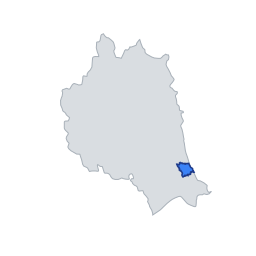 location of Drahichyn, Brest, Belarus, rotated 250°
{"feature_id": "67162791B13228782215285", "entity_name": "Drahichyn", "entity_type": "district", "adm_level": 2, "iso_a3": "BLR", "parent_name": "Belarus", "parent_adm1": "Brest", "projection": "robinson", "projection_center": [25.082, 52.14], "detail": "fine", "context": "in_parent", "style": "filled", "palette": "blue", "viewbox_px": 256, "rotation_deg": 250, "n_neighbors": 0, "source": "geoboundaries", "source_scale": "gbopen_adm2", "svg_char_len": 6470}
<svg xmlns="http://www.w3.org/2000/svg" viewBox="0 0 256 256"><g transform="rotate(250 128 128)"><path d="M207.1,169.3L203.2,169.1L198.5,169.2L195.9,170.6L193.1,169.9L191.1,170.7L186.6,174.6L184.8,176.7L183.2,180.0L182.3,182.4L182.9,184.1L183.8,185.7L184.1,187.3L184.5,188.7L183.4,189.6L182.8,191.0L180.8,190.8L178.4,189.4L177.8,187.5L175.9,186.2L174.7,185.5L172.7,185.4L169.5,186.0L165.4,186.5L162.2,186.6L160.5,187.3L158.0,188.0L157.0,187.2L155.5,185.0L154.3,182.8L153.5,181.9L152.8,181.6L152.0,181.6L151.0,182.3L150.3,183.0L147.7,183.9L146.5,184.6L145.3,186.6L144.4,186.5L143.6,186.0L142.5,183.8L141.1,183.3L138.9,183.3L136.2,182.8L133.9,182.1L133.1,182.3L131.8,183.2L130.4,183.4L127.2,182.5L126.6,182.9L124.9,185.4L124.0,185.5L123.5,185.2L123.8,183.0L121.9,182.3L118.9,182.2L116.7,182.5L115.7,182.4L115.1,182.0L112.4,178.4L111.0,178.1L108.5,178.3L104.9,177.9L100.6,177.1L98.3,176.8L97.1,176.0L94.4,175.7L87.4,174.2L84.5,173.9L80.3,173.9L73.9,173.5L69.8,173.7L67.9,174.2L65.7,174.5L58.1,175.0L55.3,175.4L54.5,176.1L53.6,177.8L50.5,180.6L47.4,182.5L46.8,182.7L45.0,181.7L43.6,181.3L41.8,181.2L40.6,181.6L39.8,182.0L39.9,184.2L39.7,184.4L38.4,181.8L38.5,179.4L39.3,178.1L40.2,176.9L39.8,175.0L40.7,172.6L40.8,170.9L40.4,170.1L39.7,169.2L37.7,168.3L36.8,167.5L34.2,166.5L31.5,165.2L31.1,164.5L31.2,163.9L31.7,163.1L33.7,160.8L36.0,158.5L37.4,157.6L44.8,154.7L46.0,153.6L46.3,151.9L46.2,148.4L45.8,145.2L45.2,143.0L43.8,138.9L40.0,130.4L37.8,121.5L39.3,122.0L42.8,122.2L45.7,121.6L47.1,121.5L48.4,121.7L52.1,121.2L53.0,122.0L54.7,122.7L57.9,121.7L60.8,120.5L63.8,120.6L64.2,120.0L64.9,116.9L65.8,116.2L69.4,116.5L70.7,115.9L72.1,114.4L74.2,113.4L75.9,113.4L77.7,112.3L78.6,113.1L79.1,114.4L78.5,115.4L78.7,115.8L80.0,116.3L82.2,116.3L83.6,115.9L83.9,115.3L83.9,114.2L83.5,113.2L82.6,112.3L80.9,111.9L79.7,111.9L79.5,111.3L79.9,110.1L80.9,108.0L82.2,106.0L83.0,105.3L83.2,104.6L83.0,103.4L83.0,101.3L84.1,98.3L85.7,96.1L87.8,95.3L90.4,94.9L92.0,93.9L92.8,92.7L93.5,90.8L94.3,90.4L100.5,90.7L101.4,88.8L102.0,88.3L103.1,87.7L104.0,87.1L103.6,86.5L102.1,86.2L98.3,85.9L97.6,85.3L97.8,84.6L98.8,82.6L99.7,80.1L100.2,78.2L100.2,77.1L100.7,76.8L103.8,76.4L104.8,76.0L107.3,73.4L109.3,73.0L114.4,73.6L116.8,73.6L119.7,73.8L120.0,73.5L121.0,70.9L126.0,66.7L128.6,65.3L130.3,65.0L130.9,65.1L133.7,67.3L134.3,67.3L136.1,66.4L139.2,66.3L140.7,67.1L142.8,69.8L143.9,70.1L146.9,68.6L148.5,68.1L149.7,68.1L155.4,70.2L155.9,70.9L155.9,71.7L155.1,74.1L156.3,75.6L157.8,76.6L160.6,75.0L161.7,74.5L162.9,74.5L164.5,73.9L165.6,72.9L166.7,72.6L168.8,72.8L172.6,72.6L177.1,74.1L177.5,74.5L179.7,76.2L180.5,77.1L181.3,77.4L182.5,78.2L184.1,78.8L185.2,78.6L185.7,78.9L186.3,79.5L186.3,80.7L186.3,83.9L184.8,85.6L184.6,86.2L184.7,86.9L186.0,88.3L187.7,90.5L188.2,91.7L188.2,92.7L186.1,95.5L185.4,96.2L184.9,97.6L184.7,99.0L184.9,99.6L188.7,101.9L191.5,103.1L192.1,103.7L192.2,104.1L190.8,106.5L190.7,107.2L192.9,108.2L194.2,109.8L195.4,112.4L197.6,114.9L205.6,118.5L206.3,119.1L206.6,119.9L206.4,121.6L205.1,124.9L206.4,125.3L209.9,125.2L214.1,125.6L219.3,127.9L219.3,129.0L218.9,129.9L219.3,130.9L219.8,131.7L224.3,134.3L224.8,135.0L224.9,136.3L224.9,137.2L223.6,137.4L222.3,137.8L220.2,138.9L219.4,140.5L215.9,142.6L213.7,143.6L212.0,143.6L207.7,143.2L206.2,142.1L205.6,141.1L204.0,140.7L201.8,140.7L198.9,140.8L198.3,141.1L197.8,142.3L196.7,144.3L195.8,145.5L199.7,149.5L201.7,151.2L202.3,152.2L202.3,152.9L201.4,153.8L201.7,155.5L203.6,157.7L203.0,158.1L202.9,160.8L203.0,163.8L203.5,164.5L204.6,165.1L205.4,166.2L206.9,168.6L207.1,169.3Z" fill="#d9dde1" stroke="#a8b0b8" stroke-width="1"/><path d="M64.9,162.5L64.6,162.5L64.4,162.6L64.2,162.6L63.9,162.7L63.5,162.8L63.3,162.8L63.1,162.9L63.1,163.0L63.3,163.2L63.4,163.3L63.5,163.5L63.4,163.7L63.4,163.8L63.4,164.0L63.5,164.2L63.7,164.3L63.7,164.5L63.4,164.7L63.3,164.8L63.2,164.9L63.2,165.0L63.5,165.1L63.9,165.1L64.0,165.1L64.1,165.3L63.9,165.4L63.8,165.5L63.6,165.7L63.5,165.8L63.6,166.0L63.6,166.3L63.4,166.5L63.2,166.8L63.1,167.0L63.3,167.2L63.4,167.3L63.5,167.3L63.7,167.6L63.4,167.8L63.2,168.0L62.9,168.2L63.1,168.3L63.3,168.2L63.6,168.1L63.8,168.1L64.0,168.2L64.0,168.3L64.0,168.5L63.9,168.7L63.7,168.8L63.5,169.0L63.3,169.3L63.2,169.5L63.2,169.8L63.3,170.0L63.5,170.2L63.6,170.3L63.6,170.5L63.3,170.7L63.2,170.7L63.1,170.8L63.2,171.0L63.4,171.1L63.6,171.2L63.9,171.3L64.3,171.4L64.7,171.5L65.0,171.6L65.3,171.8L65.3,172.1L65.2,172.4L65.2,172.6L64.9,172.7L64.7,172.8L64.8,173.0L65.1,173.3L65.0,173.5L64.9,173.7L64.9,173.8L64.7,174.0L64.4,174.1L64.2,174.3L64.0,174.5L63.9,174.5L63.8,174.8L63.8,175.0L64.3,174.9L64.6,174.5L64.9,174.4L65.0,174.5L65.3,174.8L65.6,174.8L65.8,174.7L66.1,174.5L66.3,174.4L66.5,174.4L66.8,174.5L67.1,174.7L67.6,174.8L68.0,174.7L68.3,174.5L68.6,174.3L68.9,174.0L69.3,173.6L69.8,173.4L70.4,173.3L71.1,173.3L71.9,173.1L72.6,173.0L73.0,173.0L73.7,173.0L74.0,173.0L74.1,172.7L74.1,172.4L74.2,172.2L74.3,172.0L74.3,171.9L74.3,171.7L74.3,171.4L74.2,171.3L74.3,171.1L74.5,171.0L74.5,170.9L74.6,170.7L74.6,170.3L74.6,170.1L74.4,169.8L74.4,169.7L74.4,169.4L74.5,169.3L74.6,169.2L74.7,169.3L74.8,169.3L75.0,169.4L75.3,169.4L75.3,169.1L75.3,168.9L75.4,168.7L75.4,168.4L75.4,168.2L75.5,168.1L75.7,167.9L75.7,167.6L75.8,167.5L75.9,167.4L76.1,167.4L76.3,167.3L76.4,167.2L76.4,166.9L76.3,166.7L76.2,166.6L76.4,166.5L76.5,166.5L76.8,166.4L77.0,166.1L77.0,165.9L77.1,165.6L77.1,165.4L77.3,165.3L77.5,165.3L77.8,165.2L77.7,164.9L77.4,164.9L77.2,164.8L77.2,164.7L77.3,164.6L77.5,164.5L77.5,164.4L77.3,164.3L77.2,164.2L76.9,164.0L76.7,164.3L76.4,164.2L76.2,163.9L76.0,163.7L76.0,163.4L76.1,163.1L76.1,162.8L76.2,162.6L76.3,162.3L76.5,162.1L76.9,162.0L77.0,162.0L77.2,161.9L77.3,161.8L77.4,161.7L77.4,161.4L77.1,161.4L77.0,161.5L76.9,161.5L76.7,161.7L76.4,161.5L76.2,161.6L75.9,161.6L75.7,161.5L75.3,161.5L75.1,161.5L74.8,161.6L74.7,161.7L74.5,161.8L74.3,161.9L74.2,161.9L73.9,162.0L73.7,162.0L73.4,161.9L73.2,162.0L73.3,162.3L73.5,162.4L73.5,162.5L73.4,162.5L73.2,162.4L72.9,162.3L72.6,162.4L72.3,162.4L72.1,162.5L72.0,162.4L71.9,162.4L71.7,162.3L71.5,162.2L71.4,162.1L71.3,161.9L71.2,161.8L70.9,161.8L70.7,162.0L70.5,162.3L70.4,162.3L70.2,162.3L69.9,162.4L69.8,162.5L70.0,162.6L70.2,162.8L70.1,163.0L69.9,163.0L69.7,163.1L69.4,163.2L69.2,163.2L68.9,163.2L68.8,163.3L68.7,163.3L68.4,163.4L68.2,163.5L67.9,163.5L67.7,163.6L67.4,163.6L67.2,163.7L66.8,163.7L66.7,163.6L66.5,163.3L66.4,163.2L66.2,163.0L65.8,163.0L65.7,162.9L65.6,162.7L65.4,162.6L65.2,162.6L64.9,162.5Z" fill="#3b82f6" stroke="#1e3a8a" stroke-width="1.5"/></g></svg>